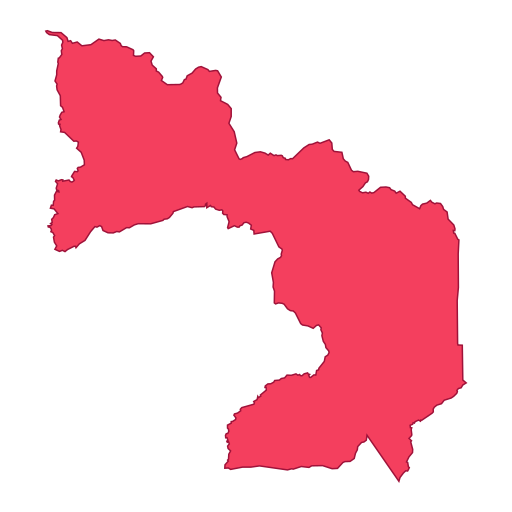 outline of São Miguel do Guaporé, Rondônia, Brazil
{"feature_id": "56859067B22214144966300", "entity_name": "São Miguel do Guaporé", "entity_type": "district", "adm_level": 2, "iso_a3": "BRA", "parent_name": "Brazil", "parent_adm1": "Rondônia", "projection": "albers", "projection_center": [-63.108, -11.621], "detail": "fine", "context": "isolated", "style": "filled", "palette": "rose", "viewbox_px": 512, "rotation_deg": 0, "n_neighbors": 0, "source": "geoboundaries", "source_scale": "gbopen_adm2", "svg_char_len": 5935}
<svg xmlns="http://www.w3.org/2000/svg" viewBox="0 0 512 512"><path d="M466.2,382.9L462.8,380.0L462.3,345.2L458.0,345.0L457.6,343.5L457.2,300.5L458.4,287.5L458.2,253.9L458.9,239.9L457.8,239.3L454.8,233.3L453.7,233.1L453.3,230.4L454.8,230.6L455.0,228.9L453.8,225.0L448.1,219.1L447.1,212.0L443.6,209.4L442.7,206.5L440.5,203.5L436.6,203.0L434.9,203.8L431.8,202.2L430.4,200.4L426.8,203.1L422.5,204.1L420.9,205.6L419.6,208.7L412.5,204.7L411.3,202.4L405.4,198.2L405.3,196.2L400.0,191.2L396.2,193.2L394.7,191.1L391.0,189.6L389.6,187.7L386.0,187.0L380.5,187.3L373.9,192.6L371.7,193.1L369.9,192.0L368.2,193.3L365.9,192.2L362.5,192.8L359.6,191.4L358.8,190.2L362.9,186.6L365.4,182.9L367.4,181.8L368.5,179.5L368.7,176.2L366.9,173.2L357.8,171.3L353.4,171.7L351.5,170.3L347.8,162.4L345.3,161.1L343.3,158.8L341.9,152.3L334.0,151.4L332.3,149.4L331.8,143.0L329.2,139.8L320.0,143.3L317.5,142.1L312.2,144.2L309.1,144.5L303.8,147.9L292.6,158.7L290.6,158.6L288.4,159.8L285.5,159.5L285.3,158.3L283.3,157.7L282.3,155.8L281.2,155.3L277.3,155.6L276.0,154.9L274.0,155.6L270.3,153.2L268.2,155.1L265.0,153.1L260.4,151.8L254.9,152.5L246.9,156.6L243.1,157.7L242.5,158.5L240.3,159.4L239.1,158.9L234.6,149.8L236.8,143.1L234.2,131.7L228.9,123.3L231.2,116.5L231.2,108.6L227.7,104.4L220.5,100.7L221.0,97.3L217.5,93.0L217.4,87.9L221.3,77.0L217.6,70.8L215.7,70.4L209.4,71.4L207.9,69.6L201.2,66.6L198.5,67.2L195.6,69.0L192.1,73.1L187.2,75.8L186.0,79.1L184.4,79.6L182.8,82.9L181.2,83.9L179.9,84.5L167.3,84.7L161.4,80.5L162.7,77.4L162.3,76.4L158.6,72.1L156.3,71.0L156.3,68.8L152.2,65.1L151.0,61.1L153.4,56.8L149.5,52.7L144.6,53.0L140.8,56.0L135.5,56.3L133.5,55.4L133.7,50.7L133.0,49.7L126.6,46.8L122.5,46.7L121.2,45.7L120.3,43.4L115.3,40.0L112.2,40.5L108.5,39.8L103.9,40.6L98.9,39.1L90.9,44.7L81.9,45.8L77.2,42.0L72.4,43.3L70.6,40.7L68.1,41.4L66.9,37.6L61.0,32.6L52.3,32.5L47.4,30.7L45.8,31.1L46.6,32.6L49.3,34.6L57.4,35.6L62.6,40.3L62.8,42.4L61.6,45.1L62.4,48.7L61.3,50.7L61.8,54.5L59.3,57.9L58.3,58.2L57.8,62.1L58.3,63.5L56.7,70.9L56.7,74.8L55.0,81.0L57.1,84.1L56.6,86.0L57.1,89.8L60.3,95.7L60.6,105.7L62.5,107.3L64.1,111.7L61.8,112.3L60.3,114.8L59.5,117.0L61.0,119.5L59.3,120.1L58.4,122.7L58.6,124.1L60.0,124.3L59.6,125.7L61.0,129.6L60.6,131.8L64.6,132.4L73.8,141.2L76.5,141.0L78.4,142.2L77.8,146.4L76.6,148.2L81.2,152.3L84.2,160.1L84.4,164.8L80.4,167.2L78.2,167.4L77.3,168.4L78.1,170.8L77.3,171.7L74.6,171.4L72.0,175.5L71.5,176.7L72.8,177.5L74.3,180.3L73.4,181.2L71.9,182.1L70.2,181.5L69.0,180.0L62.8,181.2L62.9,179.9L61.4,179.7L58.3,180.9L56.2,180.0L55.5,181.4L57.6,183.8L56.2,188.2L57.0,190.3L54.5,195.1L54.6,200.2L53.6,201.3L53.2,205.3L51.4,205.2L50.4,208.2L54.1,208.9L57.9,213.6L54.7,214.7L53.4,217.6L51.7,219.3L52.2,222.5L50.6,223.5L51.9,224.5L51.2,225.5L48.0,225.9L48.3,227.0L49.9,227.2L51.1,228.7L51.5,230.2L50.9,231.7L52.8,232.5L54.6,235.6L53.5,237.1L54.4,242.2L56.7,245.9L54.9,249.3L59.5,251.4L62.4,250.3L65.0,251.6L67.6,249.5L74.0,246.3L75.5,246.3L76.0,247.7L79.4,243.8L85.0,240.4L90.5,231.8L94.9,226.6L97.0,227.1L99.8,225.6L101.6,226.6L103.0,230.5L108.0,232.8L113.3,232.9L116.7,231.5L119.4,231.9L126.6,227.6L129.3,227.8L134.3,224.9L138.1,223.7L150.7,223.8L162.9,220.4L164.1,219.2L167.3,218.8L169.4,217.5L172.9,213.3L173.4,211.6L187.5,206.5L192.1,207.7L193.9,206.9L204.5,206.6L205.5,205.5L205.5,204.2L206.8,203.2L206.8,207.7L210.5,205.5L211.3,206.7L213.9,207.0L215.6,209.1L219.4,210.3L221.8,209.8L222.8,210.9L222.6,213.2L223.8,214.5L227.1,214.8L227.1,216.7L229.1,221.7L227.6,227.6L228.2,228.6L234.4,225.7L237.3,227.1L239.1,227.1L239.9,225.8L242.2,225.0L243.8,222.8L246.1,222.2L248.5,223.0L251.3,225.2L250.7,229.0L253.8,230.4L254.1,234.0L270.2,231.2L272.3,233.3L278.9,246.9L281.9,249.0L282.3,250.4L281.2,254.1L281.5,255.7L280.5,257.4L277.7,258.9L275.0,261.8L271.7,272.8L273.4,282.4L273.1,287.0L274.5,291.1L274.3,302.9L275.6,303.9L278.5,302.9L282.2,303.3L284.1,304.2L287.5,308.8L290.3,310.6L293.3,311.0L295.4,313.0L300.7,323.6L302.5,325.0L307.9,325.9L313.2,328.3L316.5,325.4L318.6,324.9L321.2,327.8L320.9,329.8L322.4,333.0L321.9,335.7L323.3,341.3L325.4,344.5L325.9,347.6L328.7,350.9L329.1,352.5L327.8,355.1L325.2,356.8L324.3,361.4L318.9,368.2L318.6,369.8L316.6,370.5L315.8,375.0L313.9,374.9L310.7,377.4L309.6,377.4L308.7,375.3L309.6,374.4L308.2,374.0L307.6,372.9L304.2,373.8L301.9,375.8L300.4,375.6L299.6,374.5L297.9,375.2L296.0,373.9L291.3,375.3L287.0,375.1L284.6,377.9L281.3,378.5L279.4,380.1L274.7,380.5L273.7,382.2L270.7,383.8L267.9,383.9L265.3,385.9L265.0,387.4L266.1,387.3L266.3,390.1L260.4,395.0L260.8,396.1L258.5,397.6L257.8,396.4L257.1,399.6L253.7,401.5L254.4,402.8L253.9,404.2L241.8,407.6L240.3,409.3L240.7,410.8L237.5,413.1L234.5,413.9L233.9,415.2L235.9,417.9L235.6,419.5L232.7,421.4L231.2,421.6L231.2,423.2L227.5,425.1L227.5,428.1L228.4,429.0L228.8,431.3L227.8,433.4L226.3,433.7L225.5,435.3L225.7,437.8L227.0,437.7L227.9,440.2L226.8,441.2L227.3,442.3L228.5,441.7L229.3,443.9L227.6,446.1L228.1,448.5L230.6,450.9L228.8,454.2L228.5,459.2L227.6,460.1L228.3,461.1L225.0,464.8L224.8,468.2L228.4,468.0L230.6,469.4L242.6,467.1L251.0,467.1L259.5,465.9L287.5,469.9L291.5,468.8L293.3,469.1L301.3,466.5L309.0,467.4L311.7,465.8L322.6,465.6L332.1,468.7L337.5,468.4L342.9,462.5L344.9,461.6L350.1,461.4L354.2,458.5L355.5,453.2L357.3,449.8L357.7,446.6L361.6,442.4L363.9,442.0L366.3,440.2L367.0,435.2L398.9,481.3L400.0,477.5L403.4,473.0L405.7,470.8L407.6,471.0L408.4,469.6L409.3,467.6L408.4,466.8L407.7,462.5L406.5,461.9L409.0,456.8L412.5,452.6L412.7,449.4L410.7,441.8L411.5,440.8L409.0,438.4L411.6,435.6L411.8,434.5L411.2,429.7L411.7,427.8L410.4,427.7L410.1,425.3L412.6,424.3L413.2,422.7L414.4,423.1L415.1,421.7L418.5,420.1L420.5,421.2L420.8,420.1L421.8,420.2L432.1,413.2L433.3,411.9L433.2,409.1L434.3,407.2L436.9,405.1L441.5,403.7L444.2,400.2L451.2,398.0L453.7,396.3L456.7,393.4L457.4,391.6L456.9,390.4L458.4,388.5L461.1,387.8L462.8,385.0L466.2,382.9ZM57.0,190.3L58.5,190.5L58.9,191.9L57.8,191.7L57.0,190.3Z" fill="#f43f5e" stroke="#9f1239" stroke-width="1.5"/></svg>